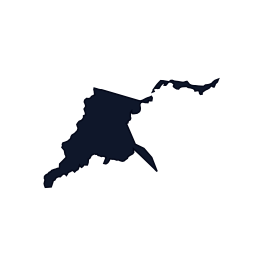 Pedreiras, Maranhão, Brazil (Robinson projection), rotated 233°
{"feature_id": "56859067B63468950003415", "entity_name": "Pedreiras", "entity_type": "district", "adm_level": 2, "iso_a3": "BRA", "parent_name": "Brazil", "parent_adm1": "Maranhão", "projection": "robinson", "projection_center": [-44.591, -4.656], "detail": "fine", "context": "isolated", "style": "filled", "palette": "ink", "viewbox_px": 256, "rotation_deg": 233, "n_neighbors": 0, "source": "geoboundaries", "source_scale": "gbopen_adm2", "svg_char_len": 3260}
<svg xmlns="http://www.w3.org/2000/svg" viewBox="0 0 256 256"><g transform="rotate(233 128 128)"><path d="M139.2,165.7L139.6,163.6L140.2,162.0L140.7,160.1L141.3,156.5L142.0,154.4L143.1,153.2L154.4,144.8L170.8,132.6L174.4,129.9L175.3,128.8L176.8,127.5L178.0,126.7L180.2,125.0L179.2,123.9L177.7,123.3L175.9,122.2L174.5,121.5L174.8,119.4L175.1,117.8L174.4,116.1L175.1,114.2L176.5,112.7L176.3,110.2L175.1,108.8L173.4,108.4L171.7,107.9L170.4,106.9L169.6,104.4L167.4,103.7L165.8,103.2L163.9,102.0L164.5,99.9L163.0,98.8L162.2,96.8L162.1,95.1L162.7,93.1L162.3,91.3L161.6,89.3L160.1,88.7L158.9,88.5L157.5,87.7L156.3,85.9L155.7,82.1L156.0,79.0L155.4,77.5L154.0,75.8L153.7,71.9L154.4,69.2L155.2,67.1L154.5,65.8L153.0,65.0L152.3,63.6L148.5,63.8L144.7,61.9L143.3,61.8L141.7,60.8L141.2,57.4L140.9,55.7L140.7,54.1L140.4,51.8L138.1,49.9L137.2,48.7L138.2,47.3L138.5,45.9L139.3,43.9L140.0,41.4L139.6,40.0L140.0,38.4L139.5,36.4L139.9,34.4L139.6,32.3L138.2,31.0L136.5,30.6L135.2,29.0L134.0,27.6L132.2,26.8L130.4,26.3L127.2,31.2L128.2,32.7L129.5,34.6L130.9,36.5L130.6,38.5L131.4,39.8L131.4,41.8L130.9,43.4L129.8,44.7L130.1,46.3L130.3,47.9L129.9,49.3L128.5,50.2L127.2,50.2L127.7,51.8L128.4,53.0L128.3,54.7L127.9,56.1L127.9,57.6L126.9,58.6L125.0,58.9L125.3,60.8L125.0,63.0L126.0,64.7L127.6,67.1L125.9,66.9L124.5,67.3L124.6,69.1L125.2,70.6L124.0,72.0L123.0,73.3L124.4,75.3L127.0,77.6L126.8,79.1L127.4,80.5L128.2,82.1L128.1,83.6L127.6,85.7L126.3,86.5L125.6,87.8L124.2,87.6L122.8,88.8L121.3,89.6L120.7,91.0L119.2,92.3L117.5,92.6L114.3,87.4L112.7,88.8L112.5,90.7L112.9,92.2L113.7,94.0L114.4,95.1L112.9,96.4L111.4,98.3L109.2,99.7L108.3,101.3L106.9,102.0L105.0,103.4L104.2,104.9L104.3,107.1L104.2,109.2L105.2,110.9L105.0,113.5L104.6,116.2L105.2,118.0L106.7,118.7L108.2,119.9L99.8,121.4L79.7,124.6L78.3,124.7L75.8,125.1L90.2,129.2L102.1,128.4L110.7,124.0L132.7,129.4L132.2,130.9L133.6,132.6L133.3,134.8L134.3,136.1L135.5,136.5L137.2,137.8L139.0,139.4L139.4,141.1L137.9,140.1L136.6,140.4L135.7,141.8L134.4,144.1L134.2,146.5L134.6,147.9L136.0,149.4L137.1,150.1L138.5,150.8L139.7,151.5L140.7,153.6L139.9,155.5L138.1,157.0L136.3,159.2L137.6,160.9L136.3,162.2L135.5,163.4L137.5,165.5L139.2,165.7ZM140.0,188.7L138.4,190.4L136.6,190.9L135.1,191.2L134.1,189.4L132.8,189.4L131.4,189.9L130.0,190.5L128.7,191.9L129.2,193.5L128.7,195.7L127.5,197.6L126.0,199.8L124.2,200.5L122.6,202.1L121.4,203.0L120.3,203.8L118.6,204.3L117.2,203.8L116.4,205.4L115.4,207.0L113.8,206.8L112.6,206.1L111.3,206.1L110.5,207.6L111.9,208.6L111.9,210.4L111.8,213.0L111.3,214.9L111.1,217.2L111.8,219.9L110.3,220.4L109.0,221.3L109.7,222.8L110.8,224.4L111.0,227.0L112.6,229.7L113.6,226.2L113.6,223.9L113.2,222.2L113.5,220.1L114.3,218.1L115.7,215.7L115.7,213.4L117.8,210.9L119.2,209.3L121.1,207.3L122.6,205.5L123.8,204.4L125.8,203.3L128.1,203.2L129.7,203.1L130.3,201.8L130.8,200.2L131.6,199.0L133.8,196.9L135.0,195.8L135.9,194.8L137.5,193.2L139.5,191.9L140.3,190.5L140.0,188.7ZM140.4,182.7L139.4,183.9L139.7,185.5L140.2,187.2L140.0,188.7L143.2,185.7L144.4,184.6L146.1,182.6L145.7,179.9L145.2,177.3L144.6,175.2L143.7,172.4L143.1,174.3L141.7,175.6L141.1,176.9L142.2,179.4L142.6,181.1L142.8,183.3L141.5,184.2L140.4,182.7ZM142.9,171.1L142.0,169.2L141.5,170.9L142.9,171.1Z" fill="#0f172a" stroke="#020617" stroke-width="1.5"/></g></svg>